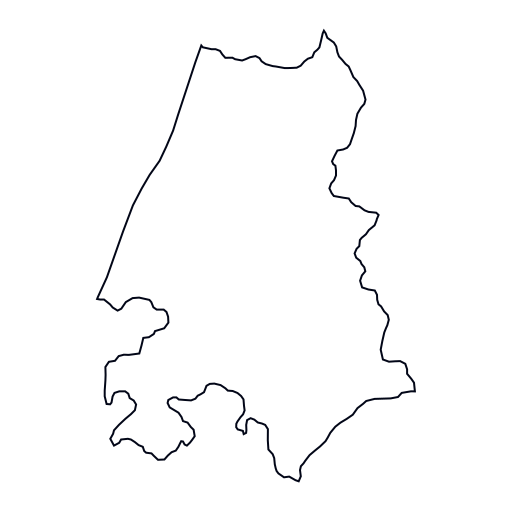 the district of Rehovot, HaMerkaz, Israel
{"feature_id": "584046B25822139954764", "entity_name": "Rehovot", "entity_type": "district", "adm_level": 2, "iso_a3": "ISR", "parent_name": "Israel", "parent_adm1": "HaMerkaz", "projection": "robinson", "projection_center": [34.769, 31.885], "detail": "fine", "context": "isolated", "style": "outline", "palette": "ink", "viewbox_px": 512, "rotation_deg": 0, "n_neighbors": 0, "source": "geoboundaries", "source_scale": "gbopen_adm2", "svg_char_len": 3641}
<svg xmlns="http://www.w3.org/2000/svg" viewBox="0 0 512 512"><path d="M414.9,391.4L414.0,382.7L411.2,378.7L407.1,373.8L407.1,369.3L405.3,363.8L400.1,361.1L394.8,361.3L389.0,361.7L382.9,359.5L380.7,349.7L382.3,341.2L384.3,332.4L386.1,327.9L387.3,325.3L388.8,319.8L387.7,315.1L384.1,311.4L381.1,306.4L378.5,304.3L377.2,299.8L377.0,294.8L374.8,290.5L368.4,289.5L362.1,287.4L360.1,280.7L361.9,275.4L365.3,271.3L364.3,267.3L361.5,264.0L360.3,261.0L356.2,257.7L354.6,253.4L356.6,248.8L359.3,246.1L359.9,240.0L361.7,237.8L365.9,234.3L368.9,230.0L374.6,225.3L376.6,220.3L376.8,219.2L378.6,215.0L376.2,212.7L368.5,211.9L364.5,210.3L359.3,206.4L355.6,206.0L351.2,202.2L348.8,198.5L343.3,197.7L333.8,196.0L331.6,193.0L329.4,188.3L331.2,183.4L334.0,180.2L336.0,175.5L336.0,170.4L335.4,165.7L333.2,164.1L332.0,161.3L334.6,155.8L337.4,150.5L343.1,149.5L347.1,147.8L350.0,144.2L351.8,138.9L353.8,133.2L355.6,126.1L356.0,120.0L357.4,113.7L361.0,107.6L364.3,103.9L365.5,99.6L363.1,90.7L359.2,84.6L357.2,81.1L353.4,77.1L350.5,70.4L348.7,66.5L345.5,63.9L342.1,59.8L339.0,56.5L337.4,52.3L336.2,46.4L333.8,42.5L327.3,37.8L325.7,33.4L323.9,30.7L322.7,33.4L321.1,40.4L319.4,47.4L317.4,49.7L314.3,52.3L312.3,57.2L307.9,58.7L304.3,61.5L300.7,65.7L296.7,67.7L290.6,68.0L284.8,68.1L275.9,66.5L272.7,66.1L265.7,64.1L261.6,61.3L259.5,58.1L255.6,56.1L250.1,57.2L245.6,59.2L242.1,60.5L235.1,59.2L232.4,57.7L225.3,57.8L222.3,54.4L220.0,50.9L215.6,49.2L211.5,49.2L202.8,47.3L201.3,45.5L195.4,62.1L188.5,83.1L178.2,114.4L173.1,130.6L166.2,146.8L159.6,160.8L149.7,174.8L141.7,188.5L132.9,205.4L123.0,231.6L106.9,277.3L97.8,297.2L97.1,299.0L100.0,299.5L104.0,299.5L110.1,304.4L112.7,307.5L117.6,310.6L121.3,308.7L125.8,302.1L132.6,298.1L139.1,297.6L149.4,299.9L151.3,302.1L153.4,307.3L156.7,309.6L163.7,309.6L166.5,312.0L168.1,316.7L168.4,322.6L164.2,328.3L155.0,331.1L153.9,333.9L148.9,337.2L143.3,337.9L141.5,345.5L139.3,353.5L128.8,354.9L123.9,354.7L118.7,356.1L115.0,360.8L108.9,361.8L105.4,367.0L105.6,375.0L105.4,380.7L104.7,390.6L104.7,396.3L106.6,404.0L110.1,404.3L111.5,402.6L112.6,396.5L114.5,392.9L119.4,391.3L125.1,391.3L128.3,393.7L129.7,398.1L133.7,400.5L136.1,404.5L134.9,410.2L130.9,414.2L125.5,418.7L119.0,424.8L114.0,430.3L113.1,433.8L110.3,438.8L114.0,445.6L119.2,442.8L121.1,439.5L127.9,438.8L130.9,439.5L134.9,442.1L138.6,445.1L142.8,446.8L144.2,451.0L146.1,452.7L151.5,453.4L153.8,455.8L158.0,459.8L164.4,459.5L167.9,455.5L171.6,452.2L175.8,450.6L178.4,446.8L180.0,443.5L181.2,441.2L183.0,441.5L184.6,444.5L186.9,445.6L190.0,442.6L192.1,439.9L194.7,436.2L193.6,429.7L190.8,427.0L187.6,422.6L183.0,421.1L181.5,417.0L178.5,412.7L173.7,409.8L169.7,407.4L167.6,403.0L168.3,400.0L173.1,397.4L176.4,397.4L178.8,399.5L185.2,400.0L191.1,400.4L195.4,398.7L197.7,395.7L200.4,394.4L204.0,392.2L205.3,388.9L206.5,385.8L209.8,383.9L214.3,383.6L220.6,385.1L225.4,388.3L227.8,390.6L232.7,391.0L237.5,393.0L241.1,396.0L243.5,399.4L244.0,405.7L244.6,410.4L243.1,414.3L240.5,417.2L237.4,421.6L236.3,423.8L236.2,427.2L237.7,429.4L242.9,430.9L243.7,434.1L246.1,432.9L246.4,430.2L246.2,424.9L247.1,420.1L250.6,418.2L254.3,419.6L257.8,422.5L261.9,423.5L265.2,424.9L267.9,429.1L267.8,440.3L268.4,449.5L272.7,454.2L274.2,458.1L274.8,464.3L275.7,468.3L276.6,471.0L278.4,473.4L284.0,477.3L289.2,476.6L295.5,480.2L298.7,481.3L300.8,476.3L300.0,470.1L300.9,466.2L303.5,463.4L305.3,460.7L309.6,455.1L314.8,450.7L320.1,446.4L325.5,441.2L327.7,437.6L330.3,432.8L335.3,426.7L340.0,423.0L340.7,422.5L346.7,418.9L352.8,414.7L357.5,408.1L363.1,403.8L366.2,401.0L374.6,398.9L390.7,398.4L398.0,397.0L401.7,392.9L411.1,391.3L414.9,391.4Z" fill="none" stroke="#020617" stroke-width="2"/></svg>